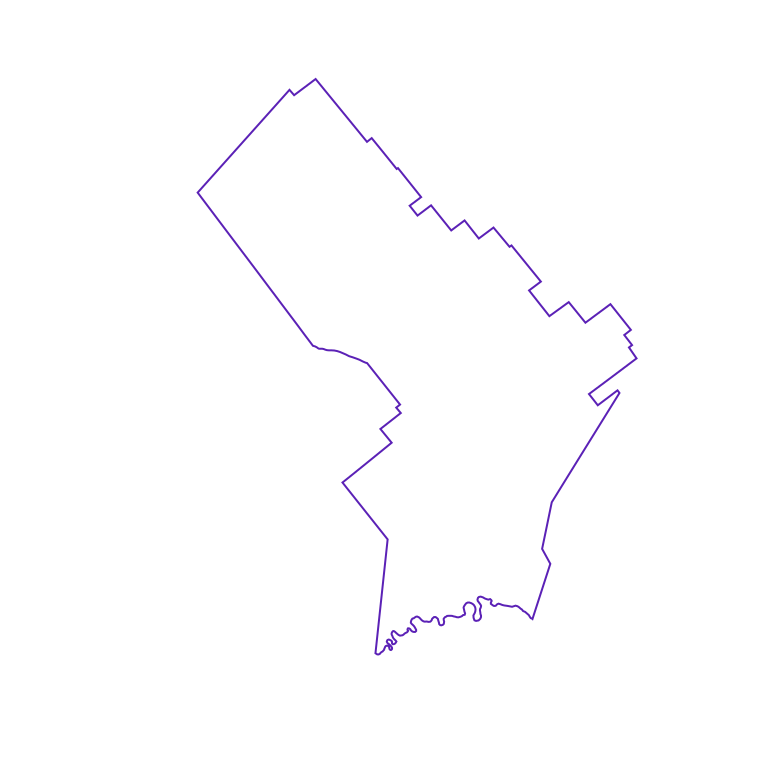 Loreto, Santiago del Estero, Argentina (Natural Earth projection), rotated 131°
{"feature_id": "61730980B13568432968305", "entity_name": "Loreto", "entity_type": "district", "adm_level": 2, "iso_a3": "ARG", "parent_name": "Argentina", "parent_adm1": "Santiago del Estero", "projection": "natural_earth1", "projection_center": [-64.074, -28.643], "detail": "fine", "context": "isolated", "style": "outline", "palette": "violet", "viewbox_px": 768, "rotation_deg": 131, "n_neighbors": 0, "source": "geoboundaries", "source_scale": "gbopen_adm2", "svg_char_len": 3658}
<svg xmlns="http://www.w3.org/2000/svg" viewBox="0 0 768 768"><g transform="rotate(131 384 384)"><path d="M224.0,648.3L361.8,650.2L368.7,617.8L372.8,598.5L377.2,577.7L381.6,556.9L390.5,515.3L396.1,489.0L398.8,476.8L401.8,462.7L400.9,460.8L400.4,458.9L400.3,457.3L400.0,456.2L399.1,455.1L398.0,453.9L397.2,452.5L396.6,450.8L395.9,449.3L394.9,447.9L393.2,445.9L391.4,443.6L389.9,441.0L388.7,438.2L386.8,432.3L385.9,428.6L384.4,425.2L382.9,421.4L381.8,418.4L380.9,414.8L380.0,411.9L379.3,410.5L389.0,358.4L393.8,359.3L394.9,352.3L420.3,357.2L423.3,339.7L450.9,344.5L473.5,348.5L485.6,350.7L498.9,279.3L592.8,213.8L592.5,211.7L591.6,210.6L590.3,210.1L589.0,210.2L587.8,210.0L586.9,209.6L585.6,209.6L584.4,209.6L583.6,210.1L582.4,210.4L581.3,210.8L580.5,210.7L579.5,210.1L578.9,208.9L579.2,207.5L579.9,206.7L580.5,205.7L580.5,204.7L580.2,204.2L579.1,204.0L578.3,204.4L577.8,204.9L577.5,205.6L577.2,207.1L577.1,208.6L577.1,209.8L577.3,211.1L577.0,211.8L576.7,212.8L575.9,213.2L574.9,213.4L573.9,212.9L573.4,212.1L573.0,210.5L573.0,209.4L573.6,208.5L574.4,207.9L574.7,206.8L573.9,205.9L572.7,205.4L571.5,205.4L570.2,205.7L570.0,206.9L569.9,208.5L569.8,209.8L569.4,211.0L568.5,212.7L568.1,213.8L567.3,214.6L566.3,215.0L565.4,215.1L564.4,215.0L563.9,214.1L563.8,213.0L563.9,211.6L563.9,209.2L563.8,208.2L563.4,206.8L562.4,206.0L561.8,205.4L560.6,204.9L558.7,204.7L557.5,204.3L556.5,203.8L555.5,203.7L554.4,203.9L554.2,204.9L553.6,205.4L552.7,205.6L552.0,204.8L551.8,203.4L552.2,202.1L552.3,200.8L551.9,199.4L551.3,198.5L550.6,197.8L549.3,197.7L548.4,198.5L548.0,199.6L547.4,201.2L547.0,202.8L546.9,204.5L546.9,205.7L546.6,207.1L545.8,207.7L544.6,208.3L543.3,208.6L542.3,208.6L541.4,207.9L540.0,207.6L538.7,207.2L537.8,206.5L537.2,204.7L537.2,203.2L537.4,201.7L537.5,200.4L537.3,198.9L536.9,197.7L536.1,196.8L535.2,195.9L534.5,194.6L533.7,193.7L533.1,193.2L532.3,193.0L530.9,193.1L529.8,193.6L528.9,193.6L527.0,193.3L526.0,192.1L525.9,190.4L525.9,189.3L527.0,187.7L528.1,185.9L529.0,184.8L529.1,183.4L528.6,182.5L527.2,181.6L525.8,181.5L523.9,182.7L523.0,184.0L522.1,184.9L521.5,185.0L519.9,185.0L518.9,184.5L517.6,184.2L516.8,183.4L515.6,182.1L514.4,180.6L513.7,179.0L512.8,177.4L512.1,175.8L511.2,174.7L509.4,173.5L508.0,172.9L506.5,172.7L505.2,171.7L503.9,172.3L503.1,173.8L501.8,175.5L500.6,177.2L499.5,177.7L497.7,178.0L495.6,178.1L494.1,177.5L492.9,176.2L492.1,174.2L491.8,172.4L491.9,170.8L492.7,168.7L494.0,167.1L495.6,166.0L497.2,165.3L500.0,164.7L501.7,163.0L503.0,160.7L502.4,159.1L500.4,157.5L498.0,157.3L496.2,157.9L495.0,159.0L494.4,160.2L493.0,161.7L491.9,163.1L490.8,163.9L489.3,164.3L487.8,165.1L487.2,166.3L487.0,167.2L486.6,169.0L486.2,171.0L485.3,172.1L483.6,172.8L482.4,172.6L481.0,171.5L480.1,169.3L479.7,167.1L479.0,165.3L478.3,163.8L476.7,162.8L476.7,161.3L477.1,160.4L478.8,160.0L479.8,159.1L479.6,156.3L479.3,155.3L478.1,154.2L476.0,154.1L474.7,153.5L473.9,151.9L473.1,149.6L472.2,147.9L470.5,145.3L468.1,141.2L466.3,140.1L465.0,139.3L464.2,137.6L463.9,136.2L463.9,133.4L463.7,131.9L464.1,130.1L463.4,128.0L463.4,126.3L463.4,124.4L463.4,123.0L464.0,121.4L464.4,119.7L463.9,118.1L463.9,117.8L410.6,140.5L404.7,156.5L388.8,165.4L363.2,179.8L331.4,185.0L236.3,200.4L235.6,203.6L259.8,208.7L258.4,215.8L257.1,222.7L232.2,217.3L199.0,210.2L195.7,223.1L191.9,222.3L189.4,234.8L181.2,233.2L175.2,265.5L205.6,272.2L201.0,298.3L224.3,303.7L218.2,335.9L203.8,332.8L195.8,378.7L198.1,379.3L194.1,404.0L212.0,407.9L207.7,430.5L224.0,434.0L218.3,465.7L234.9,469.2L232.6,481.6L218.6,478.6L211.9,515.1L213.4,515.5L209.0,540.2L206.5,554.6L212.4,555.7L203.2,609.4L198.7,635.7L225.0,641.3L224.0,648.3Z" fill="none" stroke="#5b21b6" stroke-width="2"/></g></svg>